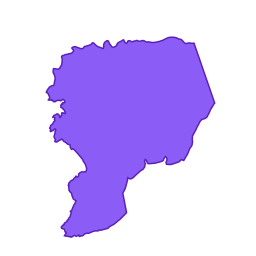 Louvet, Dennery, Saint Lucia (Albers equal-area conic projection), rotated 165°
{"feature_id": "8701671B45979799747328", "entity_name": "Louvet", "entity_type": "district", "adm_level": 2, "iso_a3": "LCA", "parent_name": "Saint Lucia", "parent_adm1": "Dennery", "projection": "albers", "projection_center": [-60.883, 13.961], "detail": "fine", "context": "isolated", "style": "filled", "palette": "violet", "viewbox_px": 256, "rotation_deg": 165, "n_neighbors": 0, "source": "geoboundaries", "source_scale": "gbopen_adm2", "svg_char_len": 5883}
<svg xmlns="http://www.w3.org/2000/svg" viewBox="0 0 256 256"><g transform="rotate(165 128 128)"><path d="M37.8,129.6L42.3,192.9L44.3,193.2L46.6,194.3L48.1,194.5L50.1,194.5L51.6,195.8L52.6,197.9L53.6,199.6L54.9,200.4L55.9,200.8L58.3,202.9L61.1,204.1L62.1,204.3L64.8,204.9L67.0,204.7L72.0,203.7L75.4,203.5L78.6,203.6L81.8,204.1L83.4,204.7L86.1,206.0L87.5,206.1L88.6,206.7L89.6,207.9L91.0,208.7L93.6,208.7L94.8,208.9L96.7,210.2L97.2,210.4L98.3,210.2L100.2,210.4L101.1,210.2L101.6,210.2L102.4,210.6L103.4,211.6L104.0,211.9L104.4,212.1L105.2,212.1L105.7,212.0L106.8,210.6L107.1,210.4L107.4,210.3L108.1,210.5L108.7,211.3L109.3,214.0L109.6,214.3L109.8,214.4L110.2,214.3L112.3,213.6L114.6,213.2L115.4,212.9L116.4,212.4L116.7,212.2L117.5,210.7L118.4,210.4L119.7,209.9L121.2,209.8L122.1,210.1L122.6,210.6L123.6,213.3L124.1,214.4L124.4,216.8L124.5,217.1L124.9,217.5L125.2,217.7L126.1,217.7L127.4,217.2L128.2,216.8L129.1,216.0L129.9,214.9L130.6,212.6L131.0,211.6L131.2,211.3L131.5,211.3L132.0,211.4L133.6,212.8L135.5,214.0L136.3,214.6L137.7,216.4L139.1,218.8L139.7,219.4L140.2,219.5L140.5,219.4L141.5,218.7L142.5,218.1L144.1,218.0L149.1,217.9L150.6,216.7L151.5,216.5L152.8,216.8L153.5,217.2L158.0,220.3L159.3,220.4L160.3,220.4L161.4,220.0L161.5,219.8L161.5,219.4L161.3,218.7L160.7,217.8L160.5,217.4L160.6,216.9L160.8,216.2L162.2,215.3L163.6,214.8L165.6,215.0L167.3,214.9L168.9,215.1L169.7,215.1L171.0,214.8L172.3,214.9L173.1,214.7L173.6,214.3L173.8,213.7L173.8,213.1L173.6,211.8L174.6,208.8L175.4,206.9L175.8,206.2L177.0,205.0L178.7,203.4L179.4,203.0L180.3,202.9L181.3,203.3L184.2,204.6L184.5,204.6L184.9,204.2L185.2,203.4L185.7,201.9L185.9,200.8L185.5,198.9L185.3,196.9L185.4,195.3L185.7,194.1L186.9,192.0L187.6,190.2L188.4,188.8L188.8,188.4L189.0,188.4L190.7,188.5L193.2,187.9L196.3,185.4L196.6,184.9L196.9,184.6L196.9,184.4L197.4,184.1L197.7,183.6L197.6,183.4L197.0,183.1L196.1,181.4L196.1,180.6L195.7,178.7L195.8,177.9L196.2,176.9L197.6,175.8L197.7,175.6L197.3,175.5L196.8,175.8L196.7,175.3L196.5,175.2L196.2,175.3L195.3,175.1L194.7,175.1L194.7,174.6L193.8,174.3L193.4,174.0L193.4,173.0L193.1,172.7L192.4,172.6L192.0,172.3L191.8,172.3L191.7,172.6L191.4,172.6L190.9,172.4L190.3,172.9L189.9,173.0L188.0,172.6L187.1,172.6L186.3,171.8L185.7,171.8L185.4,171.9L185.0,171.8L183.8,172.5L183.6,172.5L183.1,172.3L182.7,171.8L182.2,170.4L182.2,169.5L182.3,169.2L183.0,168.8L183.5,169.0L183.9,169.3L184.3,169.1L184.9,169.1L185.3,168.9L185.0,168.0L186.1,167.9L186.6,167.7L187.1,167.2L187.2,166.7L187.0,166.2L187.5,165.3L187.0,164.8L186.6,164.6L185.9,163.8L185.8,162.9L184.8,161.4L184.6,160.6L184.8,160.1L184.6,159.3L184.6,158.5L184.9,158.3L186.7,159.1L186.7,159.3L187.2,159.4L187.6,159.8L187.9,159.8L188.7,158.0L188.6,157.6L188.9,157.4L189.4,157.2L190.0,156.7L190.1,156.1L190.6,155.7L191.1,155.8L191.1,157.3L191.3,157.6L191.3,158.5L191.5,159.1L192.4,159.8L193.0,159.7L193.4,160.0L194.2,159.6L195.5,159.3L196.2,159.4L197.8,158.0L197.8,157.7L197.0,157.7L196.5,157.4L196.0,156.6L196.2,156.4L196.2,156.1L196.9,155.4L196.8,154.7L196.8,154.0L197.0,153.7L198.2,153.2L199.2,151.9L200.6,151.1L202.0,150.4L202.5,149.5L203.7,148.2L203.7,147.9L203.3,147.4L203.2,147.1L203.3,146.1L203.7,145.6L203.9,145.0L203.7,144.6L203.0,144.6L202.5,144.9L201.0,144.9L199.6,145.8L198.7,146.0L198.2,145.5L198.4,144.4L199.4,143.5L199.4,142.6L200.4,141.1L201.7,138.7L201.6,137.3L201.3,136.4L201.2,135.7L201.3,135.3L202.2,133.9L202.0,133.6L200.5,132.9L199.7,133.0L198.3,133.7L196.9,133.8L194.9,134.4L194.3,134.1L193.8,132.1L191.7,130.0L191.4,129.3L190.2,127.8L189.7,127.6L188.4,126.6L188.4,125.6L188.8,124.3L188.6,123.3L188.1,122.1L187.8,121.8L186.9,122.3L186.3,121.9L185.7,121.2L182.8,115.6L179.9,109.1L179.9,108.0L178.7,104.3L178.4,101.3L178.5,99.4L179.3,97.7L179.9,96.8L180.1,96.7L181.2,97.0L181.9,97.0L184.0,97.6L185.9,97.3L186.7,96.9L187.6,96.3L187.9,95.7L187.9,95.2L188.0,94.7L189.0,93.7L189.8,93.7L190.1,93.9L190.3,94.2L190.3,94.6L190.5,94.8L191.0,94.9L191.7,94.0L192.2,93.7L193.2,93.4L193.6,92.8L194.5,92.1L195.6,92.1L196.6,91.8L197.0,91.5L197.5,91.5L198.2,90.8L199.3,90.2L199.9,89.0L200.4,88.4L200.5,88.1L200.3,88.0L200.0,88.2L199.9,88.1L199.9,87.9L200.6,86.3L200.6,85.5L201.1,83.2L200.7,81.6L199.9,80.4L199.6,79.8L199.5,78.9L199.6,76.5L199.3,75.3L199.3,74.6L199.2,73.7L199.0,73.3L198.7,72.9L197.7,71.9L197.3,71.4L197.1,71.3L197.0,71.2L197.4,70.6L198.2,69.8L198.8,68.7L200.0,67.9L201.0,66.6L201.6,65.9L204.0,62.6L204.3,62.5L205.0,62.7L205.3,62.3L204.8,61.6L204.9,60.9L205.6,59.4L207.2,57.1L207.7,56.7L208.7,56.2L208.8,56.0L208.9,55.5L209.4,55.1L209.7,54.6L210.2,54.8L210.4,54.7L210.8,54.3L211.4,53.4L212.0,53.1L213.1,53.0L213.9,52.5L214.3,52.0L214.4,51.5L214.5,51.4L214.9,51.3L215.3,51.5L215.5,51.3L215.9,50.7L216.9,50.5L218.0,49.6L218.2,48.9L218.0,48.2L217.5,47.8L216.4,47.2L215.9,46.8L215.7,46.3L215.6,45.7L215.6,44.0L215.4,43.6L214.7,43.2L214.9,42.6L215.5,41.9L216.3,41.4L216.5,40.9L217.2,40.6L217.3,40.4L216.7,40.1L216.2,39.7L215.2,39.4L213.9,38.9L213.0,38.2L211.6,37.9L211.2,37.3L210.9,37.3L209.4,37.5L208.6,38.0L207.7,38.1L207.0,37.8L206.6,37.2L205.8,36.8L203.2,37.3L203.1,37.2L203.2,36.3L203.1,36.0L202.8,35.7L201.2,36.0L200.3,35.6L198.7,36.0L197.3,37.0L195.0,37.0L193.2,36.5L188.0,37.2L185.7,37.0L183.7,36.3L182.1,37.0L181.0,36.3L173.3,36.3L171.5,37.4L169.0,38.1L166.7,38.6L158.5,42.3L151.3,46.6L149.9,66.4L147.2,69.2L145.8,71.1L142.2,77.4L141.1,80.0L139.7,78.6L138.3,78.1L135.6,78.8L132.9,80.4L126.8,83.5L124.3,84.2L122.2,85.8L120.6,88.9L120.6,91.7L119.5,93.1L118.6,92.1L118.4,89.6L117.9,88.4L115.2,87.7L110.7,87.0L104.3,87.0L102.3,87.5L101.1,89.3L99.3,90.7L98.4,89.3L98.6,87.2L100.2,84.9L100.2,83.0L96.8,81.8L95.0,81.6L87.5,82.1L84.6,83.7L82.6,82.2L81.6,83.1L79.4,85.4L77.5,87.1L73.5,92.3L70.8,94.6L69.2,98.0L68.9,100.1L67.8,103.6L62.9,108.7L61.0,111.1L59.1,113.0L57.1,115.4L54.4,117.2L51.6,117.2L49.2,117.9L45.9,121.4L43.7,124.2L38.3,129.4L37.8,129.6Z" fill="#8b5cf6" stroke="#5b21b6" stroke-width="1.5"/></g></svg>